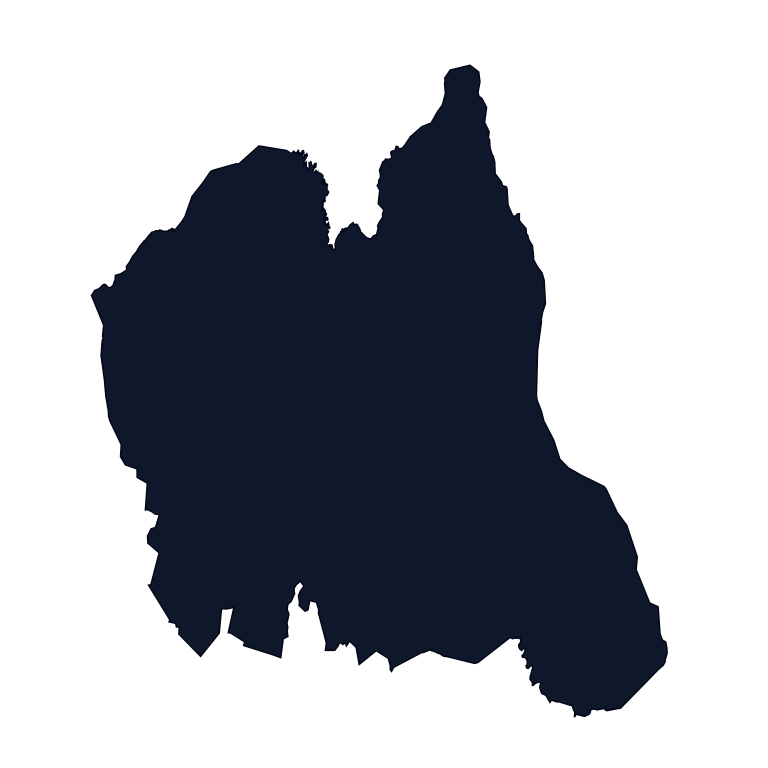 outline of Tirzas pag., Gulbene, Latvia, rotated 93°
{"feature_id": "27541924B64079205421183", "entity_name": "Tirzas pag.", "entity_type": "district", "adm_level": 2, "iso_a3": "LVA", "parent_name": "Latvia", "parent_adm1": "Gulbene", "projection": "equal_earth", "projection_center": [26.38, 57.123], "detail": "fine", "context": "isolated", "style": "filled", "palette": "ink", "viewbox_px": 768, "rotation_deg": 93, "n_neighbors": 0, "source": "geoboundaries", "source_scale": "gbopen_adm2", "svg_char_len": 6149}
<svg xmlns="http://www.w3.org/2000/svg" viewBox="0 0 768 768"><g transform="rotate(93 384 384)"><path d="M597.2,608.6L630.6,585.6L632.8,586.2L633.9,579.6L637.5,578.5L637.5,575.7L644.4,575.8L665.6,552.9L641.4,535.5L617.7,534.6L616.9,532.8L616.8,528.9L614.9,522.2L640.5,526.5L640.6,524.3L648.8,509.6L652.5,510.5L660.1,481.2L662.7,472.8L643.7,471.3L641.2,466.8L636.1,467.7L631.9,467.4L628.0,468.4L619.0,466.9L614.1,468.9L609.1,468.5L606.0,465.4L598.0,462.3L595.9,462.9L592.4,463.0L589.2,461.2L585.1,457.1L588.0,455.3L588.7,453.6L591.5,454.2L594.7,456.5L600.0,458.4L606.8,456.9L609.6,457.2L615.0,450.9L613.5,448.1L603.7,446.8L604.3,445.9L605.5,440.0L613.2,437.3L616.0,437.5L645.6,428.0L653.1,428.6L652.5,419.2L648.1,416.2L645.2,415.2L644.8,413.0L646.3,411.7L644.6,409.0L647.5,407.8L642.4,404.9L648.5,398.0L665.4,394.1L650.7,377.8L657.8,365.3L665.3,362.9L669.0,362.8L670.6,361.4L666.5,359.6L649.8,331.7L650.2,331.0L647.2,324.4L648.7,318.9L650.2,315.6L650.3,314.3L652.6,310.5L653.0,306.3L658.3,278.7L657.1,275.5L630.5,244.8L631.6,242.4L630.9,239.7L630.8,236.6L630.0,235.0L631.4,234.8L632.5,233.9L635.4,234.3L636.8,235.6L639.1,235.8L641.6,234.5L642.9,232.5L640.6,230.6L641.5,228.9L645.7,230.0L648.3,232.0L649.7,231.3L649.5,229.3L650.9,227.5L653.2,226.4L656.7,226.3L658.0,227.4L660.0,226.8L660.5,225.3L657.8,222.8L657.4,221.6L659.3,220.6L668.8,222.7L671.3,222.7L674.1,220.2L677.2,220.0L677.1,219.0L675.1,217.4L673.6,214.3L673.6,212.6L674.6,211.9L678.8,212.6L684.1,210.7L684.8,210.2L686.5,206.0L693.3,201.6L691.5,200.7L691.2,198.8L692.5,194.4L692.2,192.7L695.7,178.6L697.5,178.5L702.0,176.3L706.8,176.4L703.7,174.8L705.4,166.4L702.9,161.7L701.5,160.9L698.8,160.7L697.5,157.8L698.2,154.2L696.5,146.7L698.2,145.6L698.5,144.1L695.2,130.7L654.2,94.6L650.2,90.4L646.8,88.8L644.2,88.6L638.1,87.2L632.7,87.7L626.8,89.2L625.3,92.5L618.9,95.3L592.1,98.6L588.8,107.2L556.1,122.5L543.5,122.0L512.4,134.2L500.1,144.4L477.7,156.5L474.9,158.8L464.5,183.0L458.1,195.6L450.7,203.6L451.1,204.0L431.1,211.6L412.7,222.4L403.5,225.2L392.4,230.2L387.4,231.2L342.4,232.4L313.3,230.0L311.0,230.3L304.1,229.4L295.4,227.0L272.0,229.5L265.0,231.9L258.4,237.3L251.7,241.3L249.3,241.2L238.2,243.0L232.4,246.9L227.9,248.3L226.4,249.7L221.3,250.3L215.6,255.9L213.5,257.4L206.9,257.7L207.2,259.8L209.9,261.8L209.1,264.3L198.8,269.5L182.4,271.4L180.7,272.2L179.7,276.1L176.0,277.4L168.1,284.0L156.3,285.1L150.3,287.0L150.1,287.7L144.6,289.8L141.6,290.6L134.7,291.3L132.6,292.7L126.7,292.2L117.4,297.3L102.5,296.0L94.0,301.0L91.5,304.3L88.1,305.4L76.9,304.0L67.4,305.8L61.2,314.8L67.0,334.3L75.4,339.4L77.5,338.8L80.6,339.2L90.8,337.9L102.3,340.3L109.4,344.9L120.9,350.6L125.0,359.6L135.6,370.5L143.9,375.4L146.7,377.4L148.1,379.2L148.2,380.8L147.3,382.2L146.2,382.6L146.0,384.2L150.7,385.5L150.8,387.9L151.9,389.2L153.3,389.3L156.7,388.2L158.7,388.7L159.6,392.0L159.2,394.0L161.6,395.7L162.2,396.8L170.8,399.7L174.5,398.6L177.9,398.4L181.2,400.0L183.9,399.8L186.1,401.2L190.7,398.4L203.7,399.2L204.6,398.9L209.5,393.9L211.0,393.4L214.4,394.4L216.8,394.1L218.4,394.5L222.9,397.3L226.6,398.7L228.6,398.0L235.1,399.2L237.1,402.9L239.8,404.3L239.4,407.3L238.5,409.5L233.0,415.5L230.4,416.3L226.0,419.2L226.2,422.4L224.5,423.3L226.9,426.2L230.4,428.3L230.2,429.5L230.9,431.3L232.6,432.1L231.2,433.4L231.7,434.0L234.4,434.2L234.2,435.2L236.3,435.4L236.6,436.5L242.3,439.3L247.5,440.2L250.2,439.7L252.6,440.1L252.2,440.6L252.7,442.5L252.1,442.8L251.3,442.3L247.9,443.3L247.9,443.7L249.8,444.6L247.9,445.0L247.9,445.8L249.1,445.9L249.0,446.3L246.9,448.7L245.9,448.4L245.2,447.1L242.8,446.9L240.9,447.3L237.9,449.0L234.7,447.3L233.7,447.9L233.8,449.1L233.0,449.4L230.6,448.2L231.7,447.0L230.6,446.2L230.2,446.5L230.4,447.4L229.9,447.6L228.2,447.3L226.0,448.0L228.1,449.1L227.8,450.0L226.6,450.7L227.0,451.4L226.8,451.6L223.3,451.1L223.3,449.1L222.2,448.6L220.7,449.3L221.3,452.0L222.4,452.8L222.0,453.1L220.1,452.3L218.7,452.4L219.6,451.2L217.7,450.5L217.0,450.4L216.4,451.4L214.1,451.7L211.5,453.8L214.0,454.9L213.5,455.5L211.4,455.5L210.4,454.5L209.0,454.2L206.7,454.3L204.6,455.1L204.3,454.7L205.3,453.9L204.9,452.5L203.5,452.4L203.4,453.3L202.5,453.5L201.7,452.6L199.3,453.0L198.9,451.1L196.0,449.5L194.4,449.7L194.1,451.1L193.7,451.3L191.7,451.0L190.0,451.5L188.4,450.8L187.6,451.1L188.0,452.7L186.6,452.6L185.4,453.7L185.5,454.5L187.3,455.7L185.5,456.2L184.8,455.5L184.8,454.1L184.1,453.8L182.8,454.4L182.5,455.2L182.8,456.2L179.4,455.8L178.3,456.7L176.7,459.0L176.6,460.0L177.2,460.9L175.4,461.1L175.7,461.7L174.3,463.1L176.6,463.9L174.6,466.3L174.1,466.5L173.2,465.4L171.2,464.7L171.1,463.8L170.5,463.4L167.3,463.4L167.7,464.9L169.9,465.7L170.7,466.7L169.3,467.6L166.1,468.5L165.9,468.9L167.4,469.2L167.0,470.4L170.7,469.9L173.1,470.2L172.9,471.1L171.0,473.0L166.4,473.4L167.8,474.9L167.4,475.4L170.0,474.9L170.7,475.3L168.4,476.1L166.0,475.6L159.9,472.5L158.1,473.2L159.4,474.4L159.2,475.3L162.3,475.5L162.9,476.3L162.6,476.6L159.7,477.5L157.3,476.1L155.2,476.7L155.7,478.0L159.5,479.1L159.5,479.5L157.5,480.1L157.4,480.6L158.7,480.8L158.0,481.5L158.5,482.2L155.8,481.4L155.2,481.9L157.6,482.8L157.3,483.3L157.7,484.9L156.2,486.4L158.8,488.5L155.9,493.7L152.8,521.3L172.2,540.9L171.7,541.6L172.0,543.7L179.3,565.2L180.9,568.3L192.8,575.6L206.8,585.5L227.2,591.5L232.7,594.6L242.4,601.7L241.8,602.4L240.2,602.2L239.7,604.0L241.5,605.6L241.3,606.6L242.9,607.6L242.5,608.6L243.2,609.2L242.9,610.2L243.3,611.4L242.7,612.3L243.4,613.5L242.4,614.1L242.0,616.0L243.0,617.8L242.9,619.8L243.7,620.9L244.7,624.0L245.4,624.6L247.3,624.6L246.9,625.8L252.6,629.7L253.3,630.7L259.2,635.2L264.9,638.1L269.8,641.8L275.6,644.4L280.0,647.4L283.6,646.9L287.7,652.6L289.6,658.0L293.5,657.9L300.1,659.9L301.9,662.1L302.1,663.8L301.9,664.7L299.1,667.5L299.4,669.5L303.8,673.6L305.8,677.9L310.0,680.0L310.7,680.8L340.0,667.0L351.3,667.6L352.3,666.9L356.1,667.7L370.5,668.0L394.5,663.4L410.9,661.1L425.0,657.9L430.4,657.4L435.1,655.8L458.3,643.2L470.4,643.3L478.3,638.0L481.7,626.2L490.2,625.6L495.4,615.2L522.2,615.7L521.9,613.4L523.4,609.6L525.9,605.7L526.1,601.4L539.3,604.7L540.7,608.9L548.1,612.2L555.3,611.4L564.4,599.7L596.7,606.3L597.2,608.6Z" fill="#0f172a" stroke="#020617" stroke-width="1.5"/></g></svg>